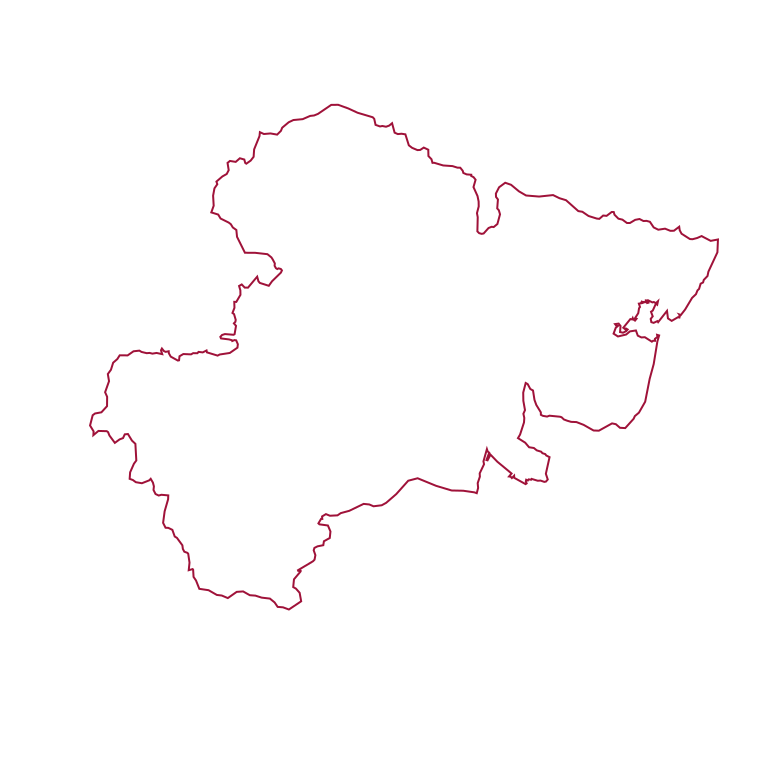 outline of Viisoara, Mures, Romania, rotated 112°
{"feature_id": "2599482B3692872469981", "entity_name": "Viisoara", "entity_type": "district", "adm_level": 2, "iso_a3": "ROU", "parent_name": "Romania", "parent_adm1": "Mures", "projection": "equal_earth", "projection_center": [24.576, 46.301], "detail": "fine", "context": "isolated", "style": "outline", "palette": "rose", "viewbox_px": 768, "rotation_deg": 112, "n_neighbors": 0, "source": "geoboundaries", "source_scale": "gbopen_adm2", "svg_char_len": 6166}
<svg xmlns="http://www.w3.org/2000/svg" viewBox="0 0 768 768"><g transform="rotate(112 384 384)"><path d="M447.5,628.5L453.5,632.4L456.4,639.8L460.8,640.6L465.7,643.1L473.1,642.5L478.2,643.8L484.4,640.0L496.1,639.5L499.6,635.9L508.3,632.5L516.1,635.4L519.6,640.9L522.1,642.4L532.6,641.0L536.7,635.5L540.3,634.3L534.5,631.2L531.6,623.4L532.0,621.8L534.6,619.3L539.4,611.5L534.4,608.4L531.9,605.7L527.8,605.5L526.3,602.7L530.9,596.5L532.6,592.1L547.7,585.0L551.6,586.0L561.0,586.3L567.2,584.3L567.1,580.9L568.0,577.3L566.7,571.3L561.3,565.6L559.3,564.8L562.0,561.3L565.1,559.0L568.6,558.0L571.6,554.6L571.8,551.1L570.1,548.9L568.1,542.3L571.7,541.0L584.2,539.7L595.5,536.8L599.1,532.7L598.2,530.1L598.5,525.6L603.8,520.9L604.2,518.4L609.1,510.5L612.3,508.7L614.3,506.3L614.2,503.0L614.8,501.9L622.5,497.4L629.8,495.3L627.3,492.1L627.7,491.4L634.2,488.3L636.6,484.7L643.1,478.5L640.9,469.4L642.2,460.0L640.9,455.2L641.0,448.6L631.9,442.7L629.1,436.9L630.1,429.3L628.4,424.0L627.9,417.4L625.7,409.4L627.5,403.6L630.5,399.1L628.9,394.0L628.7,387.7L616.5,379.4L609.2,384.0L606.7,389.0L606.3,392.1L598.8,394.3L589.0,391.1L588.5,391.3L589.4,393.5L588.9,394.0L574.9,383.4L572.9,382.6L568.4,383.5L564.5,386.9L562.0,387.1L559.4,384.8L556.2,379.9L552.3,380.8L547.1,376.6L540.8,378.4L536.2,383.0L538.3,391.3L537.8,392.6L532.6,391.8L532.2,390.7L530.0,391.8L526.4,389.1L526.4,384.8L523.2,377.9L519.9,375.7L514.6,368.7L502.8,358.0L501.2,352.5L501.3,347.9L497.3,340.7L493.4,337.5L481.5,331.4L464.6,325.3L458.8,317.5L458.9,297.5L457.4,281.4L453.3,270.6L450.6,259.6L450.5,257.1L445.1,257.8L440.8,260.0L434.0,260.4L431.0,261.8L420.9,261.2L418.5,262.8L405.8,264.2L407.7,262.6L408.3,260.7L416.1,260.5L416.0,259.4L409.6,258.8L413.6,249.8L419.2,232.2L422.9,233.4L422.5,231.9L423.3,230.2L420.3,229.0L422.2,228.1L423.8,215.2L422.7,214.5L421.3,216.0L419.5,216.3L419.6,214.5L418.3,214.2L417.6,211.7L416.7,211.6L416.1,205.2L414.9,202.7L414.7,198.7L413.8,197.3L411.2,196.4L406.6,200.3L389.8,203.1L389.5,206.8L388.6,208.2L388.8,211.2L387.9,212.9L388.3,217.5L387.2,221.1L388.3,225.8L385.5,231.1L384.0,239.5L379.9,238.9L367.2,239.8L362.9,241.2L359.4,243.6L355.4,243.5L347.4,248.5L339.8,251.7L330.0,253.0L330.3,250.7L333.8,246.5L334.2,243.4L342.4,238.5L346.4,234.9L351.5,228.0L353.8,227.0L354.0,224.7L353.1,220.6L351.4,218.7L348.4,208.5L348.3,206.9L349.5,203.9L349.4,200.3L349.0,196.3L347.2,191.3L347.1,183.6L348.6,172.3L346.8,167.3L335.1,157.8L334.4,154.0L336.2,148.8L334.5,143.8L322.7,139.5L319.8,139.4L315.1,136.9L302.6,135.2L279.7,139.6L264.5,141.4L242.0,146.5L235.9,147.1L236.1,149.2L237.9,148.1L240.6,149.7L242.4,148.9L243.0,150.6L244.4,151.5L242.9,159.7L244.4,162.8L244.1,166.8L240.0,170.5L243.1,175.7L247.4,178.0L252.3,184.9L251.3,190.0L245.1,190.2L242.6,188.9L242.9,190.5L241.9,192.2L240.1,189.1L241.6,186.4L247.4,184.6L246.9,181.6L244.2,179.2L242.2,178.5L241.9,180.5L242.9,180.8L242.2,183.2L231.5,179.9L231.2,178.2L229.7,178.1L230.7,177.2L231.2,175.0L228.9,174.3L228.9,175.9L223.1,174.8L218.2,175.9L216.7,175.5L214.0,177.8L213.0,176.2L211.5,175.9L212.3,175.0L211.2,173.8L210.8,174.4L210.1,172.0L208.4,172.6L208.1,171.6L210.3,170.3L209.5,169.2L207.5,170.0L207.8,165.7L206.9,164.5L207.2,162.2L204.6,161.0L208.1,160.4L207.6,162.0L215.2,162.3L217.0,163.5L220.6,160.2L223.7,161.1L226.5,159.3L226.3,156.9L223.3,154.1L224.0,153.0L210.2,149.0L216.8,145.3L217.7,140.9L212.0,136.5L211.7,135.0L210.5,135.2L209.9,136.3L210.0,134.3L208.9,136.2L208.8,134.6L202.1,132.7L188.7,130.6L183.9,128.4L179.8,128.4L177.8,127.5L172.4,128.0L170.3,126.2L167.7,126.5L162.7,124.5L158.3,125.3L137.0,124.2L124.9,128.5L128.9,134.7L127.9,145.0L131.3,148.3L134.2,152.2L135.0,154.7L133.2,164.4L130.7,167.4L127.6,169.2L133.3,172.6L134.7,175.9L134.7,181.6L138.2,187.5L137.8,192.6L134.0,198.2L134.4,201.7L135.7,204.5L135.3,208.9L137.7,212.6L142.6,216.3L143.7,219.1L142.3,224.5L142.9,228.6L140.7,233.7L138.5,235.4L139.2,237.3L144.7,240.6L145.7,243.9L150.2,246.2L150.9,248.6L151.6,257.3L150.0,264.6L150.9,268.6L145.4,284.1L146.0,290.9L145.5,298.0L152.1,310.4L156.0,322.9L154.8,331.1L151.7,340.8L152.0,347.0L158.5,351.0L165.5,351.6L168.6,350.2L170.2,347.5L178.8,344.8L179.9,342.6L183.2,340.0L193.2,338.8L197.4,341.1L197.9,343.1L200.2,345.5L207.1,348.0L208.2,349.7L208.5,352.3L207.5,354.6L194.2,359.6L190.8,361.8L183.9,362.7L179.4,364.6L174.7,367.7L167.9,374.8L160.3,375.6L158.7,378.4L158.4,381.1L157.3,381.5L158.7,385.9L158.6,389.5L156.8,390.9L154.9,394.3L155.9,397.0L156.3,402.1L159.2,411.0L160.1,420.4L160.8,421.9L157.8,424.2L156.0,428.2L150.2,430.7L149.9,435.7L153.4,438.1L154.6,440.6L154.5,446.4L153.4,450.4L144.5,457.7L145.4,461.5L147.1,464.8L147.0,468.3L139.2,474.2L142.5,476.0L144.7,478.5L145.4,482.2L146.7,484.2L146.9,488.9L141.8,492.4L140.9,494.4L142.4,510.1L141.9,520.3L142.3,531.1L145.0,537.5L158.3,546.4L161.2,549.4L163.1,552.9L168.9,558.6L173.2,566.9L177.0,570.4L184.5,574.4L187.9,574.4L192.8,576.5L194.2,583.1L197.2,589.0L197.0,593.4L200.8,592.3L215.1,592.3L222.2,590.0L226.8,591.3L231.3,594.2L231.0,595.5L228.2,597.6L228.7,602.2L233.6,604.7L234.9,610.4L237.6,611.9L243.9,608.1L248.2,608.5L252.1,611.6L259.1,615.2L261.2,613.4L266.1,614.5L273.4,613.0L282.5,608.7L289.6,608.4L289.0,601.2L291.8,597.5L292.5,588.5L293.2,585.9L295.5,582.8L296.5,578.6L302.6,575.4L314.4,562.1L310.6,552.5L307.3,540.7L308.8,535.8L310.3,533.7L313.1,530.4L315.4,529.7L317.1,527.6L317.4,526.0L316.3,525.1L316.0,522.8L316.9,521.2L319.3,521.3L330.7,526.3L336.1,527.6L336.8,537.0L335.8,538.9L332.0,541.8L345.6,546.2L346.8,549.2L345.0,553.2L347.4,555.1L350.9,552.3L355.1,550.5L363.2,551.7L363.9,553.6L369.4,551.2L374.9,551.1L375.4,549.2L380.1,545.5L382.0,545.1L384.0,545.9L385.5,543.0L393.8,541.2L394.7,541.9L397.3,550.2L399.2,552.5L401.6,553.4L402.8,552.2L400.7,544.3L400.4,541.4L401.0,540.8L399.3,539.1L398.9,537.4L401.9,534.4L405.2,533.5L413.0,538.6L418.2,547.4L420.0,548.9L421.0,560.0L419.4,561.1L422.6,563.9L423.7,568.0L425.3,568.5L426.9,572.5L428.8,574.0L431.4,581.3L434.9,584.0L438.8,582.9L439.5,583.9L438.5,592.0L436.1,595.0L434.3,595.9L436.0,598.5L435.9,600.4L434.3,603.2L436.3,603.4L439.4,600.8L440.4,606.5L442.6,610.1L443.0,613.0L444.3,615.5L445.1,620.8L444.7,623.3L447.5,628.5Z" fill="none" stroke="#9f1239" stroke-width="2"/></g></svg>